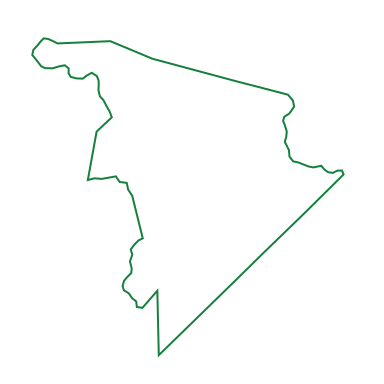 General Sampaio, Ceará, Brazil, rotated 87°
{"feature_id": "56859067B86907470602863", "entity_name": "General Sampaio", "entity_type": "district", "adm_level": 2, "iso_a3": "BRA", "parent_name": "Brazil", "parent_adm1": "Ceará", "projection": "robinson", "projection_center": [-39.467, -4.064], "detail": "fine", "context": "isolated", "style": "outline", "palette": "green", "viewbox_px": 384, "rotation_deg": 87, "n_neighbors": 0, "source": "geoboundaries", "source_scale": "gbopen_adm2", "svg_char_len": 1209}
<svg xmlns="http://www.w3.org/2000/svg" viewBox="0 0 384 384"><g transform="rotate(87 192 192)"><path d="M125.8,97.3L121.8,96.0L118.7,90.7L112.2,85.6L106.1,86.4L99.9,91.0L98.0,96.8L83.9,141.5L56.8,224.7L37.1,265.7L36.6,318.5L34.4,322.3L31.7,327.5L30.8,332.1L34.0,335.5L37.3,338.4L41.9,343.1L46.9,344.3L53.4,339.5L58.5,336.1L60.6,332.3L61.2,324.7L59.5,317.7L58.8,312.4L62.1,308.7L66.7,309.0L70.7,307.1L72.5,301.4L73.1,295.2L70.1,290.8L67.7,285.9L71.2,281.0L75.5,279.5L79.9,279.5L85.2,280.1L91.5,279.0L95.9,275.5L102.1,272.7L107.4,270.0L113.2,268.2L126.7,284.1L174.6,295.4L173.2,288.6L174.2,281.7L173.1,272.7L172.4,267.2L178.2,263.7L179.5,256.7L186.4,255.6L192.6,251.9L235.7,243.6L237.6,248.0L241.9,252.6L246.2,256.2L251.6,254.9L258.0,257.6L265.1,256.2L269.8,256.9L273.3,260.9L277.1,264.5L282.2,266.2L286.6,265.2L289.9,260.4L294.9,257.4L298.4,253.4L303.9,253.1L305.1,247.6L288.8,231.8L353.2,233.7L283.1,153.8L258.2,125.7L220.7,82.7L182.4,39.7L178.4,41.1L178.3,45.7L180.3,50.4L179.3,55.2L176.4,58.6L172.6,61.5L173.8,69.5L172.6,74.3L170.4,79.1L168.0,84.4L166.7,89.4L161.7,92.8L155.3,93.0L150.6,95.0L146.7,96.7L141.8,95.0L136.7,94.2L130.5,95.7L125.8,97.3Z" fill="none" stroke="#15803d" stroke-width="2"/></g></svg>